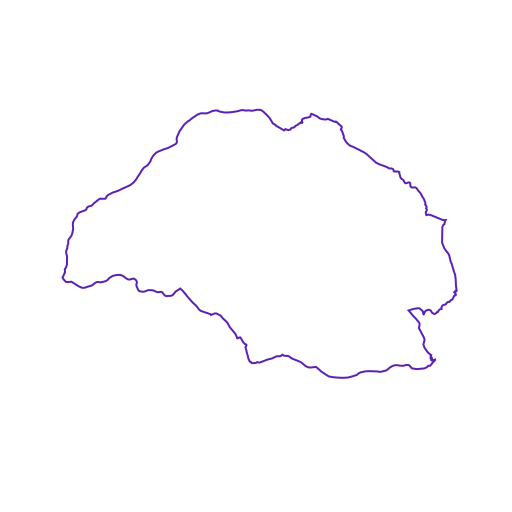 Sarateni, Mures, Romania (Natural Earth projection), rotated 165°
{"feature_id": "2599482B70321377135437", "entity_name": "Sarateni", "entity_type": "district", "adm_level": 2, "iso_a3": "ROU", "parent_name": "Romania", "parent_adm1": "Mures", "projection": "natural_earth1", "projection_center": [25.019, 46.575], "detail": "fine", "context": "isolated", "style": "outline", "palette": "violet", "viewbox_px": 512, "rotation_deg": 165, "n_neighbors": 0, "source": "geoboundaries", "source_scale": "gbopen_adm2", "svg_char_len": 6070}
<svg xmlns="http://www.w3.org/2000/svg" viewBox="0 0 512 512"><g transform="rotate(165 256 256)"><path d="M417.5,342.8L418.2,341.4L418.9,340.4L421.9,338.3L423.6,336.4L424.2,335.5L424.5,334.8L424.9,333.3L425.5,329.7L426.5,327.8L427.4,325.7L429.0,323.4L430.5,322.1L432.3,320.8L433.3,319.7L434.1,316.8L434.7,315.7L435.5,314.7L436.2,312.5L437.7,310.5L438.3,309.4L438.6,307.8L438.6,304.5L440.8,296.8L442.4,294.1L444.0,292.8L444.2,292.5L444.4,290.8L444.8,289.6L448.5,285.1L447.8,283.0L446.4,280.4L445.9,280.0L444.9,279.6L440.9,278.9L435.1,272.6L432.5,270.5L431.3,270.0L430.0,269.8L428.9,269.7L427.0,269.9L422.5,270.0L420.3,270.7L418.3,271.7L416.8,272.0L415.6,271.9L413.1,270.8L410.9,270.6L408.3,270.6L406.2,271.0L405.1,271.5L403.6,272.6L399.5,273.9L395.3,273.7L391.9,272.8L389.3,270.9L387.4,268.2L385.5,266.4L384.2,266.0L380.2,265.9L379.7,265.7L378.9,264.8L378.5,264.3L377.8,262.5L377.8,261.7L378.1,260.7L378.9,259.6L379.2,258.5L379.0,256.3L378.3,252.8L377.5,252.1L375.5,251.1L374.0,250.6L372.7,250.5L369.5,250.9L367.6,250.6L364.7,249.6L363.1,248.6L360.9,246.7L359.8,246.3L357.1,246.0L356.4,245.7L355.7,244.8L355.4,243.6L354.2,241.4L353.3,240.7L352.6,240.3L351.7,240.3L349.0,239.6L347.1,239.7L345.8,240.3L343.1,242.3L341.6,242.9L339.8,243.4L337.6,244.2L335.9,241.5L334.2,238.0L332.7,234.4L329.2,227.4L326.4,223.0L325.0,219.3L323.6,217.3L314.9,211.5L314.8,210.7L310.8,211.2L309.2,210.8L305.7,207.7L305.2,206.8L304.3,204.5L301.4,200.0L300.6,197.9L299.8,194.1L296.1,186.2L296.0,185.2L295.4,182.7L295.6,181.9L295.4,181.3L294.1,181.3L293.1,181.6L292.2,181.4L291.0,177.4L290.8,176.2L289.4,173.7L289.2,173.5L288.7,173.4L288.3,173.0L288.3,172.4L288.6,171.7L289.6,170.9L289.9,170.0L289.7,167.1L289.9,166.0L289.8,162.3L289.9,159.0L289.4,155.9L289.0,155.3L288.4,155.1L288.0,153.8L287.2,153.4L283.8,152.7L282.3,153.2L280.6,152.2L278.9,152.2L271.7,153.0L267.0,152.9L262.0,153.8L258.8,153.0L257.7,153.1L256.6,153.7L256.0,153.8L255.0,152.7L254.1,152.2L252.9,151.7L251.6,151.5L249.9,150.4L248.5,148.4L247.7,147.6L241.8,143.2L240.0,141.7L236.7,137.0L234.8,135.2L232.5,134.2L226.7,133.3L222.6,127.3L218.8,122.9L216.8,120.8L212.5,118.8L207.4,117.0L203.1,115.7L198.6,114.8L194.2,114.8L189.6,115.0L186.7,116.2L185.2,116.5L180.2,116.3L175.9,115.3L169.0,113.2L166.2,112.0L163.9,111.8L160.1,111.7L157.2,112.7L155.8,113.6L152.7,114.4L150.1,114.6L147.9,114.0L145.0,112.7L142.0,111.8L139.1,111.9L136.7,111.1L135.7,109.8L134.6,107.2L130.2,105.2L124.1,104.1L122.4,103.9L120.4,104.2L118.8,104.8L118.2,105.3L116.2,105.0L114.4,106.1L113.2,107.2L110.8,108.5L109.8,109.3L109.8,109.7L113.3,109.6L113.7,110.0L113.8,112.6L113.6,112.8L112.6,111.5L112.4,111.9L113.0,113.4L113.2,114.2L112.9,114.5L112.5,114.6L112.4,115.0L113.3,115.9L115.0,118.5L116.1,121.4L117.0,124.1L117.2,127.2L115.3,130.5L114.8,131.8L115.0,134.1L117.3,144.3L116.1,146.4L115.7,147.9L115.6,149.3L118.2,154.9L119.8,157.7L122.7,163.9L117.4,164.1L112.3,163.5L111.9,163.3L110.2,161.1L109.1,159.3L109.4,156.4L109.1,156.2L107.8,157.8L106.5,159.0L105.3,159.4L104.2,159.3L103.7,159.5L102.7,159.2L101.9,158.7L101.2,157.8L100.7,155.7L100.1,155.2L99.5,154.3L98.6,153.7L98.2,153.8L96.2,154.4L95.8,154.9L95.0,154.8L94.6,155.0L94.3,155.5L92.6,156.8L91.8,156.9L90.5,156.8L90.3,157.2L90.2,158.3L89.5,159.3L88.8,159.8L87.7,160.2L85.1,160.2L84.4,161.0L82.9,161.8L82.2,162.0L81.3,161.6L80.6,161.8L79.6,162.7L77.7,163.2L77.1,163.6L75.5,165.6L74.8,166.2L73.3,166.5L72.9,166.9L73.3,167.8L72.9,168.5L73.9,169.7L73.2,170.2L72.2,170.7L71.5,170.6L71.3,170.4L71.0,170.9L71.2,171.8L70.9,172.5L70.6,175.1L69.2,181.6L68.5,186.5L68.8,189.6L69.0,197.6L69.4,200.6L69.2,206.6L69.6,208.5L71.4,212.7L72.1,214.8L72.8,220.7L68.5,235.8L66.7,237.8L65.8,238.0L64.1,241.2L63.8,241.2L63.5,241.6L64.5,241.7L66.5,242.6L75.9,249.8L78.4,251.3L80.8,251.4L80.8,253.7L80.4,254.9L79.5,255.5L78.9,256.8L79.4,258.1L78.6,258.8L78.6,260.3L79.3,261.9L78.7,262.8L78.7,264.0L79.2,268.2L79.6,269.1L80.1,270.5L80.1,271.2L80.8,274.0L82.5,277.4L83.4,280.1L84.5,281.1L87.7,281.8L88.4,282.6L88.8,283.7L88.2,286.5L88.6,287.0L89.3,287.6L92.4,287.4L93.3,288.1L94.0,291.2L95.4,292.8L96.1,294.3L96.2,299.2L95.8,300.0L96.4,300.5L97.6,301.1L98.8,301.2L99.8,301.8L100.8,301.9L101.1,302.5L100.9,303.4L101.2,304.6L102.7,305.6L104.4,306.0L107.6,308.8L113.2,312.7L115.8,315.0L123.2,326.4L125.1,328.4L130.3,333.1L134.3,336.6L136.3,337.9L137.6,339.6L139.2,342.2L139.6,343.3L140.6,347.1L140.6,347.9L140.1,348.9L140.1,349.4L140.3,350.1L140.4,353.2L140.9,355.6L141.3,355.9L141.4,356.2L140.2,357.4L139.8,358.1L139.8,358.5L140.2,359.7L141.2,360.9L143.6,364.8L144.0,365.1L144.3,364.8L146.3,366.0L151.1,369.9L152.4,369.7L153.8,369.9L156.9,371.2L158.6,372.2L160.8,375.0L164.2,377.9L165.8,379.0L166.9,377.8L167.3,376.6L168.6,376.3L172.8,376.6L175.3,376.4L176.4,375.6L176.6,374.6L176.6,373.0L177.0,372.6L177.8,372.9L178.1,373.5L178.5,373.5L179.5,372.8L181.1,372.4L182.3,371.8L184.1,371.5L185.6,370.5L187.7,370.4L189.0,370.3L190.0,369.2L192.5,369.3L193.3,370.0L193.9,370.2L194.8,371.0L195.6,370.3L196.2,370.0L196.9,370.5L201.5,375.3L202.6,376.2L203.4,377.7L205.4,379.7L207.1,385.7L208.9,389.2L211.5,393.4L213.5,395.8L216.7,396.9L222.2,397.3L225.9,398.7L228.3,399.1L230.8,400.3L232.9,400.7L236.2,400.6L240.2,401.0L244.6,401.6L249.4,402.8L253.7,404.9L255.1,405.9L255.2,406.4L257.2,407.0L258.9,407.2L260.7,407.3L266.1,406.5L268.9,407.1L271.0,407.8L272.8,408.1L274.4,407.9L276.4,407.6L277.6,407.1L280.2,406.3L283.1,405.2L285.8,403.9L286.1,404.0L287.6,403.4L291.2,401.6L297.6,396.3L301.6,391.3L302.4,389.6L302.8,386.9L303.2,386.1L304.1,385.2L305.6,384.7L312.6,383.2L314.1,383.0L316.8,383.0L323.9,382.1L325.7,381.6L328.6,380.0L329.5,379.3L331.8,377.1L333.6,374.7L336.3,372.4L337.6,371.6L341.3,370.4L342.5,369.6L344.6,367.9L346.7,365.7L349.8,363.1L352.5,360.5L355.6,358.5L358.7,357.2L360.7,356.7L367.3,355.7L372.1,354.7L378.4,354.3L382.7,353.3L384.7,352.4L385.2,351.9L385.8,350.8L386.6,350.4L387.4,350.4L388.8,350.9L390.3,351.2L391.3,351.7L393.1,351.4L399.1,348.8L401.2,347.4L402.0,347.1L404.6,347.2L406.0,346.9L406.9,346.3L407.8,345.0L408.4,344.5L415.1,343.8L417.1,343.1L417.5,342.8Z" fill="none" stroke="#5b21b6" stroke-width="2"/></g></svg>